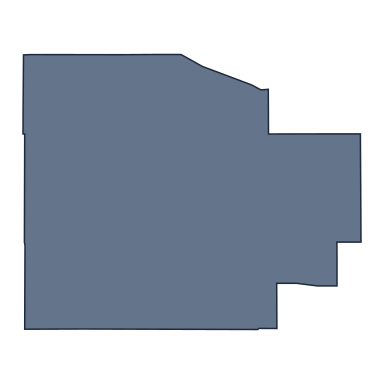 the district of Socorro, New Mexico, United States of America
{"feature_id": "52423323B71844898406076", "entity_name": "Socorro", "entity_type": "district", "adm_level": 2, "iso_a3": "USA", "parent_name": "United States of America", "parent_adm1": "New Mexico", "projection": "equal_earth", "projection_center": [-106.775, 34.028], "detail": "fine", "context": "isolated", "style": "filled", "palette": "slate", "viewbox_px": 384, "rotation_deg": 0, "n_neighbors": 0, "source": "geoboundaries", "source_scale": "gbopen_adm2", "svg_char_len": 506}
<svg xmlns="http://www.w3.org/2000/svg" viewBox="0 0 384 384"><path d="M268.3,89.3L260.9,89.9L251.8,85.0L240.6,80.8L202.5,66.5L201.6,66.0L196.9,63.4L181.0,54.5L155.3,54.5L121.3,54.7L29.7,54.6L23.5,54.9L23.1,108.9L23.0,134.0L24.7,134.0L24.4,242.1L25.0,245.7L24.7,329.2L83.0,329.0L257.8,329.5L258.8,328.4L276.9,328.5L276.7,283.3L296.5,283.3L317.2,285.9L337.0,285.9L337.0,261.4L336.9,242.1L361.0,242.1L360.4,133.9L327.4,133.9L268.5,134.0L268.3,89.3Z" fill="#64748b" stroke="#1e293b" stroke-width="1.5"/></svg>